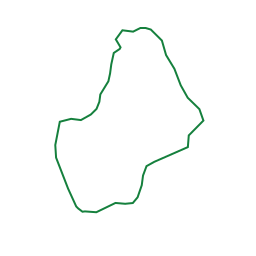 an SVG outline of Divaca, rotated 213°
{"feature_id": "SVN-1025", "entity_name": "Divaca", "entity_type": "Municipality", "adm_level": 1, "iso_a3": "SVN", "parent_name": "Slovenia", "parent_adm1": "", "projection": "albers", "projection_center": [14.026, 45.685], "detail": "fine", "context": "isolated", "style": "outline", "palette": "green", "viewbox_px": 256, "rotation_deg": 213, "n_neighbors": 0, "source": "natural_earth", "source_scale": "10m", "svg_char_len": 677}
<svg xmlns="http://www.w3.org/2000/svg" viewBox="0 0 256 256"><g transform="rotate(213 128 128)"><path d="M145.2,44.5L172.2,64.0L179.7,74.1L188.6,96.1L180.7,104.7L171.8,109.0L166.5,119.1L164.8,126.9L166.3,134.4L169.5,141.1L169.9,156.5L172.7,163.9L176.7,172.3L180.8,183.2L178.0,189.8L178.2,191.6L186.5,195.7L185.9,206.9L176.2,211.6L172.1,218.6L167.8,221.4L162.5,223.0L147.2,219.8L135.8,209.9L121.3,202.9L107.0,192.5L94.4,185.9L78.4,182.7L68.8,175.3L73.0,154.9L67.4,144.6L87.5,114.0L91.7,106.1L89.5,96.3L85.3,87.5L82.2,75.1L83.1,67.7L89.1,62.9L97.7,58.3L108.7,40.1L118.7,34.6L120.6,33.0L126.0,33.4L128.7,34.0L145.2,44.5Z" fill="none" stroke="#15803d" stroke-width="2"/></g></svg>